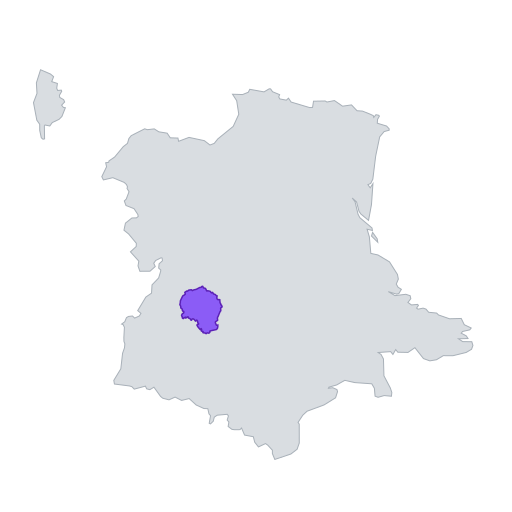 Côte-d'Or highlighted on a map of France, rotated 175°
{"feature_id": "FRA-5282", "entity_name": "Côte-d'Or", "entity_type": "Metropolitan department", "adm_level": 1, "iso_a3": "FRA", "parent_name": "France", "parent_adm1": "", "projection": "orthographic", "projection_center": [4.917, 47.462], "detail": "fine", "context": "in_parent", "style": "filled", "palette": "violet", "viewbox_px": 512, "rotation_deg": 175, "n_neighbors": 0, "source": "natural_earth", "source_scale": "10m", "svg_char_len": 6803}
<svg xmlns="http://www.w3.org/2000/svg" viewBox="0 0 512 512"><g transform="rotate(175 256 256)"><path d="M395.8,199.9L392.5,201.9L390.4,205.9L388.3,206.9L384.3,207.0L382.3,204.7L377.5,206.4L375.6,208.9L378.6,211.9L369.3,224.7L363.3,228.1L362.1,236.3L354.9,242.6L352.3,249.1L352.1,250.4L354.0,252.4L353.2,256.7L349.6,259.4L349.7,262.1L350.7,262.5L356.3,260.3L358.5,257.7L357.3,254.3L362.9,250.1L373.0,250.9L374.4,256.4L373.2,261.1L380.7,271.1L374.5,275.9L374.1,279.1L381.0,289.1L385.3,293.2L383.2,300.1L376.3,304.7L371.8,304.4L369.9,305.6L370.1,307.7L373.4,313.8L381.1,317.6L382.4,322.3L380.3,324.0L376.9,331.1L378.6,334.6L378.0,336.1L378.8,338.5L380.9,340.8L391.8,346.5L401.4,345.1L402.7,348.5L397.1,357.9L397.6,362.0L394.6,362.2L394.1,363.6L388.2,366.9L378.7,376.5L374.2,379.4L372.4,384.1L369.8,386.8L355.8,392.4L353.2,391.3L346.3,391.5L342.0,388.2L333.8,386.1L331.1,381.2L323.5,380.3L323.1,377.0L312.4,380.0L297.4,375.4L292.2,370.6L287.8,371.8L283.8,376.0L267.4,387.1L260.8,398.7L261.7,412.4L265.3,419.2L255.3,418.0L249.4,419.8L247.7,422.6L233.7,418.8L228.3,421.4L226.9,421.2L225.2,418.2L218.4,414.7L219.5,412.5L218.6,410.4L212.2,408.6L209.9,410.4L207.6,406.3L189.7,399.2L186.7,399.1L185.2,405.2L173.6,404.4L171.9,403.2L164.3,404.0L156.7,397.7L147.7,398.2L142.7,391.9L137.4,391.1L130.2,387.5L126.9,385.6L126.6,383.8L124.2,386.3L121.5,385.5L120.9,384.6L123.0,381.5L123.6,377.7L114.6,374.1L112.3,371.1L112.4,369.7L117.5,368.8L122.4,363.9L128.1,345.0L132.9,322.4L135.4,318.3L138.3,317.3L136.3,314.0L133.2,317.9L136.5,297.1L140.8,281.7L147.9,288.7L149.5,291.6L151.1,301.1L155.1,305.4L152.6,301.4L150.7,288.7L149.2,285.1L138.0,273.8L137.8,271.3L143.0,273.0L141.4,265.1L141.4,248.6L134.4,246.4L123.5,238.5L116.7,225.3L116.2,220.6L118.7,215.8L117.2,212.5L114.1,210.1L117.0,206.1L119.4,205.8L127.3,209.0L121.0,204.4L110.1,204.8L105.9,203.0L105.5,200.0L108.7,196.5L105.4,193.7L99.2,193.7L98.5,192.6L100.6,190.1L99.2,188.9L94.1,189.5L91.3,188.3L88.9,184.9L81.0,183.4L79.4,181.4L68.7,176.6L57.0,175.9L54.5,169.4L47.9,165.5L49.5,163.8L56.8,162.8L58.3,161.2L53.5,158.1L52.0,155.3L61.5,155.9L57.6,152.7L48.5,151.8L47.7,148.0L49.4,144.3L55.0,141.6L68.5,139.5L78.1,140.4L85.3,136.9L92.0,136.4L98.1,139.2L105.7,150.8L113.0,146.7L123.1,147.8L125.0,150.6L128.2,146.0L130.2,149.0L142.7,149.2L140.0,147.0L138.0,142.3L139.0,125.5L133.7,112.8L132.6,108.2L133.3,104.5L140.5,105.8L146.7,104.6L149.6,106.0L149.6,113.9L151.8,118.6L168.7,121.3L178.4,124.4L186.9,120.5L194.8,119.0L195.4,117.9L191.0,118.1L187.0,115.9L186.6,113.8L189.1,107.8L201.2,101.7L218.7,96.9L223.3,93.3L228.6,86.6L227.6,84.7L229.2,65.9L231.9,59.9L238.5,55.7L255.0,51.7L256.9,57.8L256.6,61.1L260.8,66.6L262.9,68.3L270.2,65.6L273.5,70.6L274.4,76.2L283.0,78.6L285.4,85.9L287.1,84.4L292.5,84.8L295.1,85.4L298.6,88.6L297.5,93.0L299.0,95.1L297.4,99.1L298.5,100.8L308.5,100.8L311.6,99.1L313.0,95.1L316.0,92.7L317.2,93.4L315.2,100.9L316.6,102.8L317.3,108.1L321.2,108.6L328.6,112.8L335.0,119.8L342.7,118.6L348.9,122.5L355.2,120.3L361.2,122.4L363.3,124.4L369.1,134.2L373.4,132.1L376.5,133.2L377.5,136.0L388.9,134.0L391.1,136.7L393.5,137.6L408.2,140.8L408.5,144.5L400.5,155.4L397.4,170.7L395.0,176.0L394.3,179.9L395.0,182.5L394.7,186.6L393.3,196.5L394.4,199.3L395.8,199.9ZM460.5,399.9L460.0,406.1L462.5,410.4L464.3,428.2L460.0,437.1L459.7,447.6L454.4,460.3L444.9,455.2L442.0,452.3L444.3,447.5L438.8,445.2L439.9,440.5L439.2,438.2L435.5,438.2L435.2,437.0L437.8,433.3L437.7,431.1L434.0,428.5L433.2,426.1L436.5,423.2L434.9,420.8L433.0,420.3L437.2,411.9L440.3,409.3L447.3,406.7L450.1,403.5L454.8,404.9L455.5,404.0L456.4,391.1L458.0,390.9L459.6,392.5L460.5,399.9ZM139.2,265.8L137.8,269.4L133.8,262.6L133.5,259.1L139.2,265.8Z" fill="#d9dde1" stroke="#a8b0b8" stroke-width="1"/><path d="M296.8,215.9L295.9,215.6L295.9,212.5L295.4,211.8L295.3,210.6L295.2,210.4L295.0,210.2L294.8,210.2L294.7,210.1L294.3,209.0L294.2,208.6L294.3,208.2L294.5,208.0L294.8,207.8L295.4,207.6L295.8,206.9L295.8,204.8L296.0,204.3L296.5,204.0L298.2,200.8L298.8,199.5L299.5,198.5L299.7,198.0L299.9,197.1L299.8,195.9L299.9,195.2L302.0,194.1L302.3,193.5L302.2,192.7L301.5,190.6L301.4,190.5L301.1,190.4L300.3,190.4L300.1,190.5L300.1,189.5L300.3,188.6L300.8,187.1L301.9,186.2L308.0,185.4L308.4,185.2L308.6,185.0L308.5,184.7L308.5,184.4L308.7,184.0L309.2,183.5L309.6,183.3L310.0,183.3L310.9,183.6L311.4,183.6L311.7,183.5L312.5,183.0L313.4,183.7L315.2,184.1L315.5,184.3L315.6,184.6L315.3,185.1L315.4,185.4L315.7,185.5L316.7,185.9L317.0,186.1L317.1,186.3L317.1,186.5L316.7,187.2L316.6,187.5L316.6,187.8L316.8,188.2L317.0,188.4L317.4,188.2L317.6,187.8L317.8,187.7L318.1,187.7L319.5,189.6L320.1,190.6L320.7,191.8L320.8,192.1L320.8,192.4L320.7,192.6L320.4,192.8L320.2,192.9L319.6,192.9L319.4,193.0L319.2,193.2L319.1,193.6L319.3,193.9L319.5,194.2L319.8,194.5L319.8,194.8L319.9,196.0L320.0,196.4L320.3,197.0L320.5,197.2L320.8,197.3L321.0,197.2L321.5,196.6L321.7,196.4L322.0,196.5L322.3,196.9L322.8,197.7L323.1,198.1L323.4,198.4L323.9,198.7L324.2,198.9L324.5,198.9L324.8,198.8L325.0,198.8L325.2,198.6L325.4,198.4L325.5,198.1L325.7,197.9L325.9,197.7L326.2,197.7L326.4,197.8L326.5,198.1L326.5,198.3L326.6,198.6L326.9,198.9L327.4,199.4L328.1,199.8L328.4,199.9L328.6,200.1L328.8,200.8L329.0,201.3L329.5,201.3L330.3,200.7L330.5,200.5L330.8,200.6L330.9,200.8L331.1,201.1L331.3,201.2L331.5,201.0L331.7,200.9L331.8,200.5L332.8,201.0L333.1,200.7L333.3,200.4L333.7,200.1L334.0,200.0L334.3,200.2L334.5,200.4L334.7,200.6L334.8,200.9L334.8,201.2L334.7,201.4L334.7,201.7L334.8,202.0L335.0,202.2L335.1,202.5L335.2,202.8L335.3,203.1L335.3,203.5L335.2,203.8L335.0,204.0L334.6,204.5L334.3,205.1L334.2,205.1L333.7,205.2L333.4,205.3L333.2,205.4L333.0,205.7L332.8,206.3L332.8,206.6L332.8,206.9L332.9,207.2L333.1,207.3L333.4,207.3L333.7,207.4L333.9,207.7L334.0,207.9L334.1,208.2L334.1,208.6L334.1,209.0L334.2,209.5L334.4,209.9L334.7,210.1L335.0,210.3L335.3,210.6L335.4,210.8L335.4,211.2L335.4,212.4L335.5,212.7L335.6,213.3L335.7,213.5L336.1,214.0L335.4,216.6L335.3,217.7L335.1,218.2L332.8,222.1L332.4,222.6L332.1,222.9L331.7,223.0L331.2,223.2L330.8,223.5L330.2,223.8L330.0,224.0L329.8,224.2L329.8,224.5L329.8,224.8L329.9,225.1L330.0,225.4L330.1,225.8L330.0,226.0L329.8,226.2L328.8,226.7L328.3,227.1L327.8,226.9L327.1,227.1L325.9,227.9L323.4,228.0L323.1,227.9L322.7,227.3L322.5,227.1L322.2,227.2L320.8,227.7L318.4,228.0L314.9,229.5L313.4,229.6L313.2,229.7L312.7,230.3L312.4,230.4L312.0,230.5L311.7,230.4L311.6,230.2L311.4,229.5L311.1,228.8L309.5,228.3L309.0,227.8L308.2,225.6L307.8,225.4L307.2,225.6L306.8,225.5L304.9,224.9L304.5,224.5L303.9,223.5L303.6,223.2L303.1,223.3L302.7,223.5L302.4,223.5L302.2,223.2L302.0,222.6L301.6,221.9L301.1,221.7L300.6,221.5L300.0,221.2L298.8,219.8L298.3,219.7L298.4,218.8L298.7,217.8L298.6,217.0L298.3,216.3L297.8,215.9L297.3,215.7L296.8,215.9Z" fill="#8b5cf6" stroke="#5b21b6" stroke-width="1.5"/></g></svg>